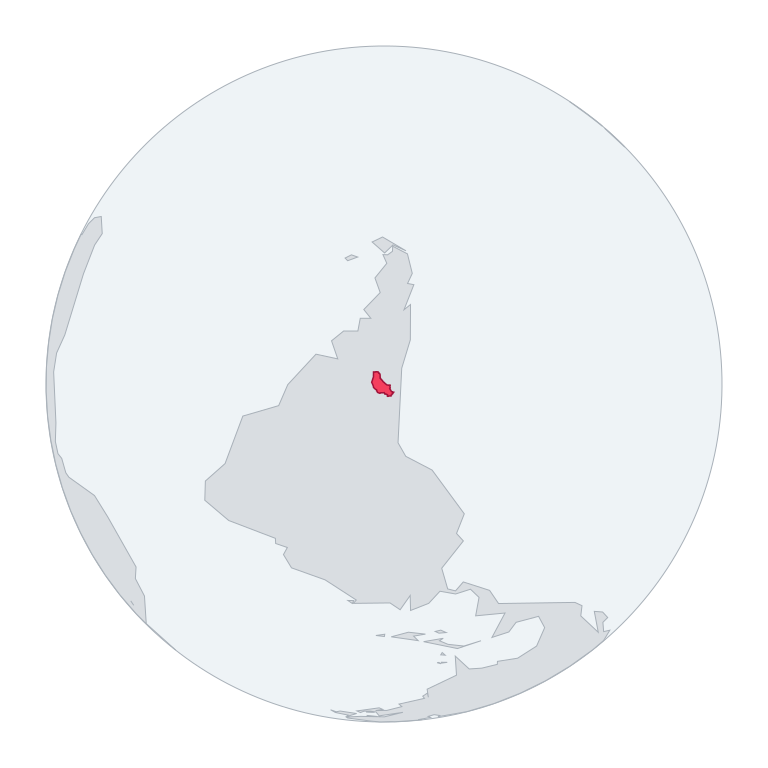 globe centered on La Rioja, rotated 179°
{"feature_id": "ARG-1302", "entity_name": "La Rioja", "entity_type": "Province", "adm_level": 1, "iso_a3": "ARG", "parent_name": "Argentina", "parent_adm1": "", "projection": "orthographic", "projection_center": [-67.822, -29.835], "detail": "fine", "context": "on_globe", "style": "filled", "palette": "rose", "viewbox_px": 768, "rotation_deg": 179, "n_neighbors": 0, "source": "natural_earth", "source_scale": "10m", "svg_char_len": 6111}
<svg xmlns="http://www.w3.org/2000/svg" viewBox="0 0 768 768"><g transform="rotate(179 384 384)"><circle cx="384" cy="384" r="338" fill="#eef3f6" stroke="#a8b0b8"/><path d="M307.1,54.9L307.9,54.8L335.8,50.4L334.1,51.6L339.7,52.5L345.6,50.9L343.3,49.8L355.8,47.8L351.5,47.7L355.8,47.3L379.2,46.1L379.5,46.2L384.5,46.3L392.6,46.2L394.0,46.2L403.7,47.3L426.2,50.7L427.6,51.7L413.3,52.1L389.4,51.2L370.8,55.4L394.6,52.3L397.7,56.2L403.1,57.1L409.8,57.2L413.3,55.9L416.8,57.6L394.5,60.3L391.0,58.7L398.1,57.6L386.8,57.6L371.8,61.1L374.6,63.7L349.0,69.0L350.7,71.2L346.0,74.2L345.1,70.0L346.2,78.1L316.6,91.6L317.5,110.7L303.8,97.6L291.1,98.2L275.6,101.7L275.4,104.7L255.2,107.5L236.0,119.3L227.6,137.6L233.5,149.0L256.1,143.4L263.5,133.9L280.5,128.7L267.0,152.9L296.4,150.6L292.7,169.0L301.1,177.3L316.1,172.8L331.7,175.8L343.1,163.9L361.4,157.1L361.5,172.1L371.8,158.0L381.8,165.0L418.4,165.2L415.5,168.5L446.3,189.2L479.7,201.8L487.5,215.2L483.5,222.2L495.1,226.4L495.3,231.6L541.6,250.2L565.2,270.9L564.3,290.1L544.3,307.2L525.7,354.4L489.7,364.2L480.2,385.1L451.5,415.0L429.8,409.9L435.7,428.1L423.4,437.7L409.2,437.4L406.6,450.1L396.0,449.9L402.9,458.8L386.2,475.5L391.2,490.2L379.1,504.6L382.8,513.4L378.1,513.1L373.2,516.5L372.9,521.6L358.3,513.7L353.8,494.1L358.7,484.1L352.4,482.8L362.7,457.9L356.1,463.0L356.9,427.7L366.0,399.5L371.0,325.0L363.5,311.3L337.4,297.1L306.0,252.8L314.1,233.3L307.4,225.7L329.5,198.8L323.9,178.0L316.1,175.9L308.2,184.7L282.0,175.8L273.3,162.5L196.9,162.3L189.9,158.9L191.3,148.7L174.1,132.0L177.7,153.0L169.4,152.2L164.4,146.6L169.3,141.9L168.7,132.6L162.5,133.9L168.9,123.7L180.0,114.6L203.3,98.5L227.8,84.4L253.4,72.4L279.9,62.5L307.1,54.9ZM315.2,118.2L348.9,125.7L329.2,128.7L333.0,126.3L324.6,122.6L308.7,120.6L291.5,125.6L315.2,118.2ZM331.5,104.8L325.6,104.6L331.5,103.9L331.5,104.8ZM382.9,531.0L359.7,516.8L372.6,522.9L381.1,515.0L393.4,526.2L382.9,531.0ZM408.1,511.4L418.2,507.9L420.7,510.6L414.3,513.7L408.1,511.4ZM629.9,152.3L626.5,149.0L615.5,138.7L596.9,121.6L629.9,152.3ZM691.3,524.5L684.2,539.0L683.4,538.6L676.7,549.4L670.5,555.3L663.8,556.4L663.1,539.3L670.9,528.0L682.6,499.3L702.3,438.6L710.8,420.7L714.1,401.8L712.7,350.8L713.6,332.3L711.2,320.0L707.5,315.2L703.7,300.8L700.7,296.3L675.4,277.5L662.5,255.9L635.1,205.4L636.0,193.8L627.2,176.2L625.9,148.4L635.7,158.5L636.2,159.1L651.8,177.9L666.0,197.8L678.7,218.6L689.9,240.4L699.5,262.8L707.4,285.9L713.6,309.6L718.1,333.6L720.9,357.9L721.9,382.3L721.2,406.7L718.6,431.0L714.4,455.1L708.4,478.7L700.7,501.9L691.3,524.5ZM638.1,167.1L641.0,171.6L638.1,167.1ZM419.5,165.1L423.9,168.2L418.0,168.0L419.5,165.1ZM326.2,134.4L333.4,133.9L337.1,135.7L331.5,136.9L326.2,134.4ZM388.0,131.5L396.5,132.7L387.6,133.8L388.0,131.5ZM354.3,126.8L381.2,131.1L363.9,135.4L346.9,133.2L358.8,131.4L354.3,126.8ZM327.5,111.8L332.0,112.2L330.5,114.5L327.5,111.8ZM335.8,104.4L334.0,104.7L331.9,103.3L335.8,104.4ZM399.0,56.0L400.8,55.9L407.6,56.3L404.3,56.8L399.0,56.0ZM438.3,56.4L443.1,59.2L437.4,57.1L433.7,57.8L417.1,55.0L427.4,52.1L425.7,53.6L438.3,56.4ZM397.8,51.6L407.2,53.0L396.5,51.7L397.8,51.6ZM163.0,639.7L161.3,638.0L171.1,646.0L183.7,655.8L193.7,663.2L168.3,644.1L163.0,639.7ZM142.5,620.3L139.1,616.6L159.0,635.8L154.7,632.2L142.5,620.3Z" fill="#d9dde1" stroke="#a8b0b8" stroke-width="1"/><path d="M375.7,374.5L375.7,374.4L375.8,374.2L376.0,374.0L376.1,373.5L376.2,373.4L376.3,373.2L376.7,373.0L376.9,372.9L377.0,372.8L377.2,371.9L378.6,372.0L379.0,371.9L379.5,371.8L379.6,371.7L379.8,371.8L380.0,371.9L380.3,371.7L380.5,371.6L380.8,371.7L380.8,371.8L380.7,372.2L380.7,372.3L380.8,372.5L380.8,373.0L380.7,373.1L380.8,373.2L380.9,373.3L381.0,373.3L381.3,373.3L381.4,373.5L381.5,373.6L381.9,373.7L382.0,373.7L382.2,373.8L382.3,373.8L382.4,374.0L382.5,374.0L382.8,374.0L383.0,373.9L383.3,373.9L383.4,374.0L383.5,374.4L383.5,374.6L383.8,375.0L383.9,375.3L384.0,375.4L384.3,375.3L384.6,375.2L386.9,375.3L387.3,375.3L387.7,375.2L387.8,375.2L388.0,375.0L388.0,374.9L388.4,374.8L389.4,375.2L390.4,375.6L390.6,375.8L390.8,376.0L390.9,376.4L391.0,376.8L391.2,377.2L391.4,377.4L391.5,377.4L391.5,377.5L391.6,377.9L391.5,378.0L391.5,378.3L392.5,378.8L392.8,379.0L393.4,379.6L393.5,379.7L394.4,380.6L394.6,380.9L394.6,381.0L394.6,381.4L394.6,381.5L394.7,381.9L394.7,382.1L395.0,382.9L395.3,383.6L395.5,384.2L396.3,385.9L395.9,387.1L395.8,387.3L395.7,387.5L395.6,387.8L395.5,388.2L395.4,388.4L395.4,388.5L395.0,389.7L394.9,390.0L394.4,391.2L394.4,391.5L394.4,392.6L394.3,394.6L394.3,396.2L393.8,396.3L393.6,396.3L393.5,396.2L393.4,396.2L393.0,396.1L392.9,396.1L392.6,396.1L392.3,396.3L392.0,396.4L391.8,396.4L391.5,396.4L391.3,396.4L391.2,396.4L390.9,396.3L390.6,396.3L390.5,396.2L390.4,396.2L390.3,396.3L390.2,396.3L389.9,396.2L389.5,396.1L389.3,395.7L389.2,395.5L389.2,395.4L388.9,395.3L388.9,395.1L388.9,394.8L388.9,394.7L388.5,394.6L388.4,394.5L387.9,394.1L387.9,393.9L387.9,393.6L387.7,393.1L387.8,391.4L387.6,391.1L387.6,390.9L387.8,390.3L387.7,390.3L387.7,390.2L387.6,389.9L387.4,389.8L387.2,389.3L387.2,389.2L386.9,389.0L386.7,388.8L386.7,388.7L386.4,388.3L386.3,388.2L386.2,388.1L386.0,387.9L385.9,387.9L385.8,387.6L385.7,387.5L385.4,387.3L385.3,387.2L385.2,386.9L385.2,386.7L385.0,386.4L384.2,385.9L384.1,385.6L383.7,385.4L383.5,385.2L383.3,385.0L383.3,384.9L383.1,384.8L383.0,384.7L382.9,384.5L382.7,384.3L382.6,384.2L382.4,384.1L382.2,384.0L382.2,383.9L381.8,383.6L381.6,383.4L381.4,383.2L381.2,383.1L380.5,382.9L380.4,382.9L380.2,382.9L379.9,382.9L379.6,382.7L379.4,382.7L379.2,382.7L379.0,382.8L378.9,382.8L378.7,382.8L378.2,382.8L377.9,382.8L377.8,382.7L377.9,382.2L378.0,382.0L378.0,381.9L378.1,381.7L378.1,381.2L378.2,380.9L378.1,380.7L377.9,380.5L377.9,380.3L377.9,380.0L377.9,379.8L378.1,379.6L378.3,379.4L378.4,379.2L378.2,378.9L378.0,378.7L377.9,378.5L377.9,378.3L377.8,378.2L377.7,378.1L377.4,377.8L377.3,377.6L377.3,377.4L377.2,377.2L377.1,376.9L376.9,376.7L376.1,376.1L375.8,376.1L375.7,376.1L375.5,375.8L375.4,375.8L375.2,375.8L374.9,375.7L374.5,375.6L374.7,375.4L375.0,375.1L375.2,374.8L375.3,374.7L375.3,374.4L375.5,374.4L375.6,374.5L375.7,374.5Z" fill="#f43f5e" stroke="#9f1239" stroke-width="1.5"/></g></svg>